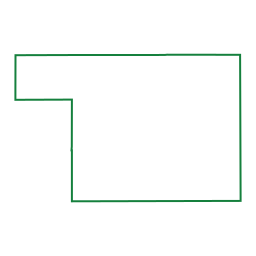 Boundary, Idaho, United States of America (Equal Earth projection)
{"feature_id": "52423323B63721358154647", "entity_name": "Boundary", "entity_type": "district", "adm_level": 2, "iso_a3": "USA", "parent_name": "United States of America", "parent_adm1": "Idaho", "projection": "equal_earth", "projection_center": [-116.64, 48.751], "detail": "fine", "context": "isolated", "style": "outline", "palette": "green", "viewbox_px": 256, "rotation_deg": 0, "n_neighbors": 0, "source": "geoboundaries", "source_scale": "gbopen_adm2", "svg_char_len": 299}
<svg xmlns="http://www.w3.org/2000/svg" viewBox="0 0 256 256"><path d="M15.5,55.2L15.4,91.6L15.4,99.8L71.9,99.6L71.8,146.7L71.5,150.3L71.9,150.3L71.9,201.3L240.6,200.9L240.6,197.0L240.1,54.8L167.0,54.7L165.4,54.9L155.9,55.0L78.3,55.0L15.5,55.2Z" fill="none" stroke="#15803d" stroke-width="2"/></svg>